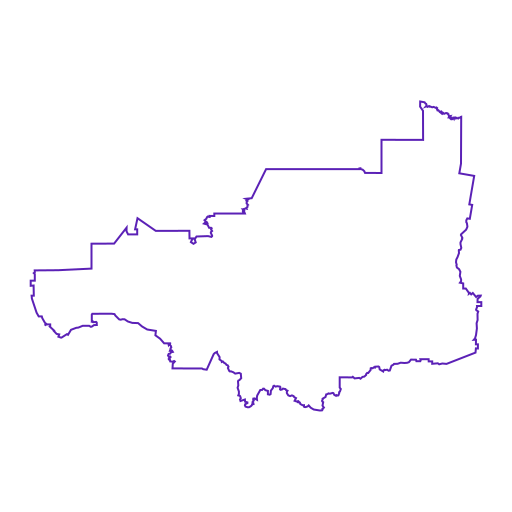 Strathbogie, Victoria, Australia
{"feature_id": "25037944B88873459559234", "entity_name": "Strathbogie", "entity_type": "district", "adm_level": 2, "iso_a3": "AUS", "parent_name": "Australia", "parent_adm1": "Victoria", "projection": "orthographic", "projection_center": [145.366, -36.724], "detail": "fine", "context": "isolated", "style": "outline", "palette": "violet", "viewbox_px": 512, "rotation_deg": 0, "n_neighbors": 0, "source": "geoboundaries", "source_scale": "gbopen_adm2", "svg_char_len": 6074}
<svg xmlns="http://www.w3.org/2000/svg" viewBox="0 0 512 512"><path d="M441.3,111.4L439.7,111.9L438.4,110.2L437.5,110.4L436.9,109.0L437.2,108.1L436.5,107.5L435.9,107.9L433.6,106.9L432.2,107.3L429.5,106.2L429.4,106.6L428.5,106.3L427.5,106.9L426.3,106.3L425.8,106.5L426.6,105.5L426.5,104.9L426.2,103.9L425.4,103.5L424.6,102.3L420.2,101.5L420.1,106.6L423.0,110.8L423.1,139.9L381.5,139.8L381.5,173.0L365.0,172.9L364.3,171.2L362.7,169.7L360.1,168.8L360.2,168.3L359.4,168.4L359.4,169.1L266.1,169.1L251.7,198.2L245.8,198.8L246.4,199.1L247.6,198.6L248.6,199.1L246.4,200.7L246.8,201.3L247.2,200.9L247.4,201.2L246.7,202.1L246.6,203.4L247.9,204.8L247.5,205.0L247.5,206.9L246.3,207.9L246.6,208.7L245.6,208.5L243.4,209.1L243.7,209.6L242.9,209.5L243.2,209.9L242.8,211.1L243.1,212.3L244.2,211.7L244.9,213.5L214.3,213.5L214.3,216.0L209.7,215.9L209.9,216.8L209.3,217.0L207.8,216.5L206.9,217.3L206.4,218.7L204.5,220.2L205.5,221.4L206.6,221.9L207.3,223.0L206.4,223.2L205.1,222.6L204.0,223.6L207.5,224.6L209.1,227.8L211.1,227.8L211.7,228.3L211.1,229.6L212.1,231.0L210.9,232.1L210.8,232.9L212.1,235.5L212.1,236.2L211.4,236.9L208.0,236.1L196.5,236.5L194.7,239.3L195.7,242.4L193.5,243.8L190.9,242.1L191.8,240.1L193.2,238.4L189.5,238.4L189.4,230.8L155.8,230.9L137.5,218.2L135.1,229.3L137.2,229.3L137.2,234.4L128.1,234.4L126.5,231.2L126.6,227.6L114.1,243.6L91.5,243.7L91.5,268.6L58.4,270.2L34.7,270.4L34.8,272.3L33.8,273.1L34.8,274.1L34.8,280.7L30.7,280.7L30.7,285.8L33.6,285.5L33.8,295.7L31.6,295.7L31.9,298.6L36.6,312.7L38.7,316.4L41.8,316.4L42.3,318.2L45.0,322.9L46.1,323.7L45.3,324.8L45.6,325.0L46.1,324.4L50.2,324.4L50.2,326.3L49.8,326.6L54.1,330.6L53.8,330.9L56.6,333.9L59.2,334.4L58.4,336.7L60.9,337.6L61.5,337.6L67.0,334.1L68.0,334.8L71.0,329.8L76.3,327.8L78.3,327.6L82.7,325.8L89.2,325.8L90.8,326.8L91.8,326.6L94.0,325.1L96.8,325.0L96.7,322.5L96.1,321.9L93.2,322.2L92.3,321.9L92.8,321.4L92.6,321.1L91.8,321.3L91.8,314.6L92.3,313.8L111.2,313.7L114.5,314.1L115.3,315.5L119.2,319.4L120.7,319.7L122.6,319.2L124.6,319.3L127.9,321.5L132.3,322.9L138.1,323.1L142.1,326.5L147.2,329.5L155.9,330.9L155.4,335.3L160.1,338.7L164.1,343.3L169.2,343.3L168.5,344.1L168.7,345.0L169.7,343.6L170.1,343.8L169.8,344.9L170.8,345.8L171.3,347.3L170.5,348.4L170.8,349.7L170.1,350.1L169.9,350.8L172.1,350.7L172.8,351.9L171.1,352.2L170.2,353.6L168.7,353.9L168.0,355.4L168.7,356.7L170.0,356.4L170.5,356.9L170.5,357.3L168.7,359.0L168.9,359.5L169.9,359.7L170.2,361.4L172.5,361.7L174.1,361.0L174.8,361.5L172.8,363.7L172.5,368.4L202.0,368.5L203.2,369.2L206.7,369.7L213.7,354.1L214.8,353.0L217.0,351.9L217.1,353.2L219.6,357.1L219.5,359.4L221.9,361.2L221.9,361.9L222.9,361.5L224.4,363.1L225.5,363.5L226.5,364.9L227.7,365.3L228.5,366.7L227.9,368.0L229.2,370.9L230.0,371.5L230.9,371.3L233.4,372.3L235.2,373.6L239.2,372.9L240.8,373.7L241.2,378.2L239.4,380.1L238.3,380.6L238.0,381.4L238.3,385.4L237.6,387.8L238.9,391.5L238.9,393.9L238.3,395.4L239.8,395.8L240.2,396.3L240.8,398.2L240.0,399.4L240.5,401.0L244.9,399.5L245.1,401.7L247.4,402.4L247.4,403.1L245.2,404.2L244.9,405.3L245.5,406.6L247.8,407.3L249.1,407.2L250.7,406.3L251.8,405.3L252.1,404.2L253.5,404.1L253.4,403.1L252.5,402.1L253.8,400.5L253.7,399.8L253.2,399.6L253.3,398.6L254.5,398.4L257.0,399.8L256.8,397.9L257.2,395.5L260.3,390.0L262.2,389.9L263.1,388.7L264.0,388.7L265.4,390.2L267.9,390.9L267.9,394.3L269.7,394.7L270.6,394.1L270.9,390.6L272.8,388.2L273.3,386.2L274.1,385.7L275.5,386.6L277.3,386.2L280.0,386.6L280.4,387.2L280.0,389.3L280.5,389.8L282.0,389.5L282.9,388.6L285.5,389.1L286.1,390.1L287.5,390.7L286.8,392.0L286.9,393.2L288.3,395.4L290.1,396.1L291.9,395.4L293.6,396.1L294.2,397.1L296.0,398.1L294.6,400.8L296.7,401.5L298.2,401.1L298.7,401.6L298.3,402.3L299.9,402.6L300.3,404.0L302.7,405.3L304.0,405.2L304.0,406.6L304.3,407.0L305.7,407.1L307.8,406.3L308.7,405.4L310.7,407.7L313.7,409.5L319.8,410.5L322.0,410.4L322.6,409.6L322.4,408.9L323.9,407.6L322.5,405.6L323.2,402.2L322.2,401.4L322.1,400.5L322.7,399.5L322.6,398.7L325.5,397.0L326.2,394.4L327.6,394.1L328.4,393.4L329.9,393.7L332.7,392.9L333.4,393.1L334.3,394.9L336.0,395.8L336.4,395.1L337.9,395.6L338.4,395.3L339.2,393.3L339.1,392.2L339.9,391.6L340.8,389.0L339.7,387.6L339.7,377.3L352.1,377.4L352.8,376.8L354.6,378.4L359.2,377.9L360.5,378.7L362.5,376.9L364.3,376.6L366.1,375.0L366.1,374.2L367.2,372.9L368.2,373.0L370.6,370.0L370.7,368.3L371.2,368.0L372.6,368.3L373.9,367.3L374.9,367.6L375.1,366.7L378.5,366.5L379.2,367.0L379.7,369.4L383.2,371.5L383.5,370.3L384.6,369.8L384.9,370.1L387.2,369.7L388.5,370.7L389.8,370.5L391.5,365.7L393.4,364.7L394.0,363.9L397.6,363.8L400.7,362.7L404.4,363.0L407.1,362.8L408.9,362.2L411.0,359.6L416.0,359.7L416.4,361.2L420.3,361.2L420.7,360.2L420.4,359.2L428.6,359.2L428.7,361.4L432.2,361.4L432.2,363.8L437.8,363.3L439.2,364.3L442.3,363.5L446.5,363.9L475.5,352.6L475.9,348.4L477.9,348.5L477.9,344.3L475.9,344.3L476.0,339.7L473.8,339.8L475.0,338.4L476.0,335.1L476.9,328.4L476.6,323.2L477.6,320.0L477.5,313.8L478.2,311.5L476.3,310.2L476.1,309.5L477.1,307.0L477.0,306.0L481.3,306.0L481.3,302.1L477.5,302.1L477.6,298.9L480.4,296.4L480.7,295.6L477.8,295.7L476.1,297.0L472.8,293.0L471.2,294.4L469.9,292.9L468.9,293.7L469.0,293.0L465.8,288.5L463.2,288.5L463.2,283.4L460.0,282.7L461.1,281.2L461.1,279.4L459.8,275.9L460.4,271.8L459.1,269.2L456.9,267.5L456.4,265.5L456.7,264.8L456.0,262.2L456.3,259.5L457.5,257.2L459.0,253.1L458.8,250.5L458.9,250.0L460.5,249.7L461.3,247.9L460.5,244.1L460.5,242.4L462.3,238.8L462.0,238.2L462.3,237.7L460.9,235.0L461.1,234.3L466.1,229.7L467.2,227.3L467.4,226.4L466.9,223.2L466.3,222.2L466.3,220.3L467.3,218.4L469.8,218.8L472.2,204.9L469.3,204.4L474.2,175.9L459.3,173.3L461.0,163.6L461.2,116.8L460.9,116.9L460.7,117.8L459.1,117.6L458.2,118.5L456.9,118.0L456.3,118.3L456.3,117.8L455.3,117.9L455.0,117.4L454.4,117.6L454.0,118.8L453.5,117.9L452.6,118.8L452.1,118.1L451.8,119.2L451.2,119.3L450.2,118.4L450.3,117.7L448.9,117.5L450.1,116.1L448.9,116.3L448.4,114.1L447.6,113.9L447.5,113.3L446.1,113.0L444.1,113.8L443.3,113.0L442.2,113.9L441.6,113.4L442.5,113.2L442.5,112.8L441.6,112.6L441.8,112.0L441.3,111.4Z" fill="none" stroke="#5b21b6" stroke-width="2"/></svg>